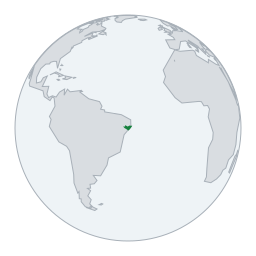 Alagoas on an orthographic globe
{"feature_id": "BRA-623", "entity_name": "Alagoas", "entity_type": "State", "adm_level": 1, "iso_a3": "BRA", "parent_name": "Brazil", "parent_adm1": "", "projection": "orthographic", "projection_center": [-36.639, -9.667], "detail": "fine", "context": "on_globe", "style": "filled", "palette": "green", "viewbox_px": 256, "rotation_deg": 0, "n_neighbors": 0, "source": "natural_earth", "source_scale": "10m", "svg_char_len": 6698}
<svg xmlns="http://www.w3.org/2000/svg" viewBox="0 0 256 256"><circle cx="128" cy="128" r="113" fill="#eef3f6" stroke="#a8b0b8"/><path d="M89.2,22.2L92.0,21.3L90.5,21.9L94.0,20.7L94.8,20.4L96.6,19.8L98.3,19.3L96.8,19.8L95.7,20.2L96.1,20.1L94.6,20.6L96.3,20.1L94.2,21.0L98.8,19.5L99.2,19.7L97.2,20.5L94.1,21.2L81.7,26.0L78.7,27.7L77.5,29.0L82.0,29.3L80.0,31.1L79.6,32.8L82.2,31.3L83.4,29.4L88.2,27.4L89.1,25.7L91.1,24.8L93.4,23.1L96.5,22.6L98.4,23.1L96.7,24.6L97.4,25.1L101.9,23.2L101.5,26.1L105.9,28.3L105.4,29.4L99.4,31.5L92.2,32.1L84.4,36.4L93.0,33.0L91.6,36.2L92.9,36.7L95.0,36.3L96.9,35.0L97.2,36.1L88.8,39.5L88.4,38.5L91.1,37.3L87.7,37.8L82.0,40.7L81.7,42.4L73.4,46.0L73.1,47.4L71.2,49.2L72.2,46.6L70.2,51.5L60.4,58.6L57.5,68.3L56.5,61.4L53.8,61.3L50.3,62.4L49.7,63.9L45.8,64.1L40.7,68.7L36.7,77.2L36.4,83.0L40.9,81.8L43.3,77.7L47.3,76.0L42.3,86.5L48.8,86.3L46.9,94.0L48.6,97.6L52.4,95.8L56.1,97.0L59.5,92.1L64.7,89.0L64.1,95.2L67.5,89.2L70.1,91.8L80.8,90.5L79.8,92.0L88.8,98.8L99.5,101.6L102.0,106.2L100.6,109.2L104.6,110.0L104.7,111.9L121.4,114.7L130.7,119.8L130.9,126.7L124.1,134.7L120.2,152.0L108.5,157.9L107.0,165.1L100.6,175.8L93.3,175.4L97.0,180.5L94.2,183.8L90.0,184.3L90.6,188.1L87.5,188.4L90.6,190.7L87.8,195.9L91.2,199.7L89.7,203.9L92.0,206.1L90.7,206.1L89.8,207.1L90.5,208.4L85.3,206.7L81.2,201.7L81.2,198.9L79.3,198.7L79.0,191.6L77.8,193.1L74.0,183.0L73.7,174.4L69.5,150.7L66.6,146.3L58.9,141.9L49.3,126.5L51.1,119.4L49.4,116.5L55.0,106.2L54.1,97.9L52.2,97.1L50.0,100.6L44.2,96.6L43.0,90.8L29.7,86.1L29.2,83.7L30.8,78.9L34.3,66.2L29.1,79.1L28.9,77.2L30.3,73.0L31.4,71.3L34.8,64.9L35.6,63.6L40.8,56.7L46.5,50.3L52.6,44.3L59.2,38.8L66.2,33.8L73.6,29.4L81.3,25.5L89.2,22.2ZM56.1,71.9L63.6,75.4L58.3,76.9L59.5,75.8L57.8,74.1L54.3,73.0L49.9,74.9L56.1,71.9ZM61.7,65.6L60.3,65.5L61.8,65.2L61.7,65.6ZM91.5,23.5L92.4,23.3L91.5,23.7L91.5,23.5ZM91.6,23.1L89.9,23.7L89.7,23.6L90.7,23.2L91.6,23.1ZM93.7,22.4L89.5,23.4L89.2,23.2L92.9,21.7L93.7,22.4ZM93.1,20.9L94.4,20.5L93.6,20.8L92.7,21.0L93.1,20.9ZM102.7,18.2L98.6,19.3L98.8,19.2L102.7,18.2ZM106.8,17.6L105.2,17.8L106.0,17.6L106.8,17.6ZM107.3,17.3L108.5,17.1L107.9,17.2L105.4,17.7L107.3,17.3ZM94.8,210.5L86.1,207.5L90.6,208.8L91.8,206.5L97.0,209.0L94.8,210.5ZM99.1,204.7L101.6,203.4L102.8,204.0L101.3,205.0L99.1,204.7ZM236.4,97.4L236.3,100.5L234.0,92.6L222.1,70.4L221.2,68.4L221.0,68.1L220.7,67.7L222.1,70.9L219.2,66.9L228.1,81.4L230.7,87.7L236.3,101.0L236.4,102.0L237.5,105.0L238.1,104.1L238.6,106.7L239.8,118.0L236.9,132.4L235.9,144.6L233.3,154.6L228.5,159.9L225.8,168.1L222.9,170.2L220.7,174.7L216.5,179.0L210.8,182.7L204.4,181.3L206.4,177.0L206.9,168.2L208.5,147.8L212.7,139.3L213.2,132.5L208.2,116.9L209.5,109.0L207.6,105.5L203.9,105.8L201.4,101.7L199.0,101.4L181.9,103.0L175.1,97.7L163.5,82.5L165.5,76.6L163.2,70.1L174.7,49.9L180.1,51.3L192.6,50.2L194.7,51.2L196.4,55.5L208.4,62.8L208.4,59.4L216.0,64.3L219.0,65.4L214.3,57.2L209.4,55.1L205.4,50.8L206.7,48.9L210.5,51.5L209.1,49.9L204.0,45.3L202.1,43.3L201.9,43.6L204.0,45.4L203.9,45.9L202.0,44.3L201.4,43.5L199.5,42.3L202.7,46.8L205.3,49.1L201.9,48.9L205.8,52.8L205.8,54.3L199.3,48.2L197.8,46.2L188.0,40.0L189.3,41.9L198.6,48.1L196.9,47.4L198.7,50.6L196.0,47.6L185.5,40.9L180.6,41.5L179.2,49.2L175.3,49.7L169.9,48.0L165.7,39.9L174.8,39.7L173.4,37.4L167.5,34.0L170.7,34.4L169.4,33.2L172.4,33.2L172.7,30.7L175.1,30.7L171.4,27.5L172.1,27.3L174.2,29.1L176.9,30.7L182.5,31.6L182.5,31.1L179.6,29.1L181.5,29.8L178.0,27.8L179.3,27.9L174.7,26.2L171.2,24.4L169.9,23.5L167.9,22.8L170.0,24.3L171.6,25.2L174.3,26.4L177.8,29.4L176.7,29.7L169.8,25.8L167.5,25.9L163.2,23.3L160.2,20.1L160.6,20.2L168.2,22.8L175.6,25.9L182.8,29.6L189.7,33.8L196.3,38.4L202.5,43.5L208.4,49.1L213.8,55.0L218.8,61.4L223.4,68.0L227.4,75.0L230.9,82.3L233.9,89.7L236.4,97.4ZM174.3,59.8L174.8,61.6L174.3,59.8ZM81.2,90.4L82.4,91.5L80.6,91.7L81.2,90.4ZM57.1,79.4L58.9,79.3L59.7,80.0L58.2,80.5L57.1,79.4ZM73.9,77.3L76.2,77.5L73.5,78.3L73.9,77.3ZM64.9,75.9L71.9,77.3L66.8,79.6L62.4,78.9L65.7,77.9L64.9,75.9ZM59.8,69.0L60.8,69.2L60.1,70.3L59.8,69.0ZM62.8,65.4L62.3,65.6L62.0,64.8L62.8,65.4ZM92.1,36.0L92.8,35.8L94.7,35.8L93.4,36.4L92.1,36.0ZM106.0,32.8L106.1,34.8L105.1,33.7L103.2,34.7L98.8,33.9L105.0,29.9L103.0,31.7L106.0,32.8ZM94.5,32.2L96.6,32.9L94.1,32.3L94.5,32.2ZM159.3,27.4L161.6,28.1L162.4,29.4L159.2,30.3L158.1,28.4L159.3,27.4ZM164.7,28.9L158.8,25.4L160.5,25.0L160.5,25.7L162.3,25.8L162.8,27.1L170.3,30.6L171.5,32.0L165.0,32.3L166.5,31.3L164.1,30.6L164.7,28.9ZM140.5,20.0L137.9,19.2L145.0,19.2L146.5,19.9L143.5,20.6L139.9,20.2L140.5,20.0ZM101.1,19.8L99.6,20.1L100.1,19.9L101.6,19.4L101.1,19.8ZM106.0,17.7L107.8,18.4L106.2,18.7L109.1,19.2L106.2,20.3L104.4,19.9L104.3,21.2L101.5,21.3L101.9,22.3L98.2,21.3L95.7,21.7L99.6,20.7L102.4,19.7L102.9,19.3L102.3,18.8L98.2,19.5L100.3,18.8L102.9,18.2L104.2,17.9L102.4,18.4L105.5,17.7L103.9,18.2L106.0,17.7ZM134.3,15.5L135.9,15.8L134.7,15.7L135.8,15.9L135.9,16.0L137.0,16.2L135.3,16.3L136.5,16.7L135.0,16.6L137.6,17.2L134.9,16.8L134.8,17.2L137.5,17.3L125.4,19.1L122.4,20.7L121.4,22.4L116.9,22.0L115.1,20.4L115.0,18.6L118.5,17.4L115.8,17.7L116.7,17.2L118.5,17.2L116.3,17.0L117.5,16.7L117.5,16.1L113.7,16.4L115.6,16.1L114.1,16.2L124.2,15.4L134.3,15.5ZM111.0,16.6L109.3,16.9L108.8,17.0L111.0,16.6ZM195.1,49.7L196.3,50.1L197.9,50.2L199.0,52.4L195.1,49.7ZM187.9,45.1L188.8,44.9L191.1,47.7L189.8,47.5L187.9,45.1ZM187.3,42.7L188.7,44.7L187.1,43.5L187.3,42.7ZM174.7,29.0L175.4,28.9L176.3,29.4L176.8,30.1L174.7,29.0ZM214.6,58.3L214.9,59.6L214.0,58.6L214.1,58.3L214.6,58.3ZM207.5,55.6L210.1,57.2L207.8,56.2L207.5,55.6ZM236.5,156.2L229.5,173.0L228.7,172.1L230.8,166.6L234.9,156.2L236.5,154.2L237.9,149.8L236.5,156.2Z" fill="#d9dde1" stroke="#a8b0b8" stroke-width="1"/><path d="M130.9,126.5L130.7,126.8L130.6,127.0L130.4,127.3L130.2,127.4L130.2,127.5L130.0,127.8L129.9,127.8L129.8,128.0L129.7,128.0L129.7,127.9L129.6,128.0L129.4,127.9L129.4,128.0L129.5,128.2L129.5,128.3L129.4,128.4L129.3,128.5L129.2,128.6L129.2,128.8L129.0,129.0L128.8,129.1L128.7,129.2L128.7,129.3L128.4,129.6L128.2,129.5L128.1,129.4L128.1,129.2L127.9,129.2L127.7,129.1L127.6,128.9L127.4,128.9L127.4,128.7L127.2,128.6L126.9,128.4L126.9,128.5L126.9,128.4L126.7,128.3L126.7,128.2L126.4,128.1L126.2,128.1L125.9,127.9L125.7,127.9L125.4,127.7L125.2,127.6L124.9,127.3L125.0,127.3L125.1,127.2L125.3,127.0L125.5,126.9L125.7,126.7L125.8,126.4L125.9,126.5L126.0,126.6L126.3,126.6L126.5,126.7L126.5,126.8L126.9,127.2L127.1,127.2L127.3,127.3L127.5,127.3L127.5,127.2L128.0,127.2L128.1,127.3L128.1,127.2L128.3,127.2L128.6,127.1L128.7,126.9L128.8,126.9L129.0,126.7L129.3,126.5L129.5,126.4L129.6,126.5L129.8,126.5L130.0,126.4L130.3,126.4L130.4,126.5L130.6,126.5L130.8,126.5L130.9,126.5Z" fill="#22c55e" stroke="#15803d" stroke-width="1.5"/></svg>